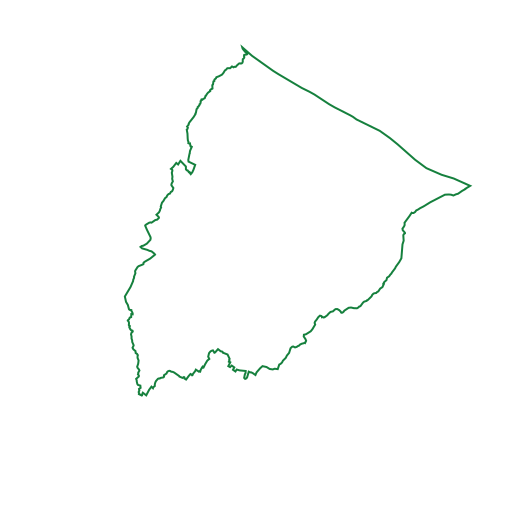 outline of Kota Mataram, Nusa Tenggara Barat, Indonesia, rotated 125°
{"feature_id": "22746128B34810169298981", "entity_name": "Kota Mataram", "entity_type": "district", "adm_level": 2, "iso_a3": "IDN", "parent_name": "Indonesia", "parent_adm1": "Nusa Tenggara Barat", "projection": "albers", "projection_center": [116.126, -8.589], "detail": "fine", "context": "isolated", "style": "outline", "palette": "green", "viewbox_px": 512, "rotation_deg": 125, "n_neighbors": 0, "source": "geoboundaries", "source_scale": "gbopen_adm2", "svg_char_len": 6115}
<svg xmlns="http://www.w3.org/2000/svg" viewBox="0 0 512 512"><g transform="rotate(125 256 256)"><path d="M92.9,387.0L93.8,385.9L94.2,384.8L95.0,381.8L95.3,379.0L95.9,379.0L96.4,379.3L98.0,381.0L99.2,380.5L99.5,379.9L100.3,379.4L101.6,379.4L102.3,379.7L102.9,379.4L104.4,378.3L105.6,378.0L106.4,378.2L107.1,378.8L107.3,379.6L108.1,380.3L110.7,380.9L112.7,381.1L113.4,382.2L114.3,382.6L114.5,384.4L117.0,384.9L118.5,387.0L119.0,387.3L120.3,387.3L121.8,387.9L124.8,387.7L127.0,387.9L130.1,389.5L132.3,391.0L133.5,390.7L135.1,391.2L135.7,391.1L136.5,390.5L137.4,391.0L140.2,389.6L141.1,389.8L143.8,387.7L144.3,387.9L144.1,389.0L144.3,388.2L146.3,388.7L146.7,388.7L147.2,388.1L149.8,389.0L152.0,389.1L153.3,388.9L153.7,389.2L156.2,388.5L157.6,389.3L158.7,389.5L158.8,390.3L159.1,390.5L160.4,390.0L161.0,390.2L162.0,389.4L162.8,389.1L163.3,389.0L164.0,389.3L165.1,388.8L165.8,389.0L166.4,388.8L167.4,389.2L168.2,388.7L169.8,388.9L173.1,387.4L174.0,387.4L174.3,387.0L177.9,386.8L184.9,387.2L186.6,386.9L187.0,386.5L189.5,386.7L190.0,385.4L191.5,385.0L192.2,385.2L195.1,382.3L199.0,379.3L200.6,377.9L201.1,376.9L202.4,376.1L202.1,374.9L201.7,374.6L203.6,372.7L203.9,371.8L203.4,371.8L203.4,371.2L207.5,370.4L209.1,369.7L209.7,369.2L210.4,369.1L216.1,366.6L217.4,365.4L216.2,358.1L221.2,356.7L224.0,356.2L226.4,356.4L225.8,358.3L225.4,358.3L225.4,359.1L225.8,359.3L225.1,361.1L225.5,361.8L225.2,363.1L222.9,364.8L221.4,372.5L225.7,372.3L225.5,374.7L230.4,374.9L233.4,375.6L233.4,374.1L234.1,373.4L236.1,372.7L239.0,369.9L240.9,368.9L242.6,366.9L244.9,366.7L246.2,366.2L246.6,365.8L247.7,362.7L249.1,362.2L250.6,361.9L251.2,361.9L252.4,362.5L254.3,362.3L255.3,363.1L256.5,363.4L257.7,363.4L258.9,363.1L260.9,363.7L264.1,363.4L266.2,363.6L270.1,362.4L270.6,361.6L272.6,361.3L273.8,360.8L275.8,360.5L279.3,361.2L279.8,358.2L280.4,357.4L280.6,357.4L282.9,357.8L284.3,359.1L288.6,360.7L289.0,361.7L290.0,362.6L293.2,364.0L294.2,364.3L294.7,364.2L297.0,360.5L301.0,353.3L301.8,352.5L303.3,351.8L308.5,352.5L312.2,354.2L313.3,355.3L314.8,355.8L315.1,353.7L313.3,348.5L312.9,346.3L312.1,344.2L312.4,340.5L312.8,339.5L318.8,341.2L324.8,344.0L326.2,344.2L327.1,343.6L327.8,343.8L331.6,346.3L332.9,346.7L337.3,346.5L338.1,346.1L339.3,344.9L343.1,344.0L343.7,343.4L346.0,342.9L347.0,342.3L353.4,341.0L364.4,340.2L368.1,336.2L369.6,332.9L372.4,329.6L372.6,328.7L371.8,327.1L372.4,326.6L373.2,324.9L374.0,323.9L374.5,323.6L375.1,324.8L377.7,323.2L378.9,324.1L380.6,323.7L382.2,324.1L382.5,324.0L382.6,323.3L383.1,322.2L384.0,321.4L385.5,320.6L385.8,320.0L385.6,319.4L385.8,319.1L386.9,319.0L387.3,318.6L387.6,317.5L388.1,317.1L388.4,315.7L388.0,314.4L388.3,313.8L388.8,313.6L390.1,314.0L391.8,313.5L393.4,311.7L394.9,310.7L396.2,309.0L397.4,308.1L399.1,305.3L399.5,304.9L402.0,304.5L402.8,302.9L403.0,300.2L404.5,298.9L404.4,297.4L405.0,295.9L405.6,295.8L407.4,294.6L408.9,292.3L409.6,291.9L411.9,290.7L414.9,289.8L415.6,288.7L416.1,286.7L416.7,285.8L419.0,285.6L419.2,285.3L420.7,284.8L420.9,283.9L421.3,283.2L422.0,282.9L425.4,283.7L426.3,282.4L427.2,281.7L428.9,279.8L429.3,278.7L428.5,276.4L430.2,274.9L432.0,275.6L433.2,274.3L434.2,274.3L435.3,273.6L435.5,272.8L436.3,272.6L435.8,269.5L435.5,269.4L434.0,270.1L432.9,270.3L433.1,266.0L426.9,266.8L423.0,266.7L423.4,264.6L422.4,264.9L420.7,264.3L418.9,265.4L417.2,266.0L415.7,266.2L412.9,265.9L412.3,265.6L411.5,264.5L410.8,264.4L408.5,262.2L407.6,262.1L406.5,263.0L403.6,261.9L402.1,262.2L401.2,262.1L399.8,261.2L399.4,260.3L399.4,259.1L398.7,257.8L398.4,256.3L398.4,250.1L398.7,249.6L398.0,246.3L396.5,245.6L396.5,244.9L397.4,244.3L397.3,242.4L392.9,242.3L390.2,242.0L390.1,241.3L390.4,239.9L390.1,239.7L388.8,240.0L385.2,239.8L383.6,240.1L383.5,236.4L382.9,236.3L382.7,235.4L380.9,236.0L378.1,236.3L377.3,236.2L377.8,235.2L377.6,235.0L373.7,235.6L369.6,235.9L367.1,235.2L365.9,237.4L362.6,238.7L361.6,238.7L360.1,238.5L358.6,237.7L358.0,237.1L359.1,234.6L358.5,234.2L354.1,233.7L354.3,230.3L353.7,228.9L353.7,228.4L354.2,227.7L353.0,222.8L355.4,218.6L356.5,218.4L356.9,217.8L358.2,217.6L358.2,217.3L357.9,217.1L357.8,216.1L362.1,215.5L361.9,213.5L359.7,213.1L359.7,209.9L362.4,209.6L362.4,206.6L360.1,206.7L359.1,203.8L356.1,198.5L357.9,197.4L359.2,197.3L362.6,195.8L362.9,194.4L361.8,193.7L360.4,193.7L354.9,195.6L354.6,193.9L354.1,193.3L353.8,191.6L353.8,188.2L351.0,188.8L345.5,188.2L342.5,187.5L340.9,183.7L340.7,180.0L339.3,177.2L337.6,176.0L336.2,173.3L331.6,174.7L330.3,174.0L328.3,173.6L326.3,173.9L322.4,173.2L319.8,173.6L316.4,173.3L311.7,174.8L309.7,174.4L308.8,173.7L308.5,171.6L307.1,170.5L305.9,170.1L304.9,169.4L303.2,169.1L301.6,168.2L300.0,166.8L299.1,166.4L299.1,165.9L296.7,166.3L295.7,167.8L294.6,170.7L293.0,171.6L291.5,170.2L286.3,168.0L283.6,167.8L278.2,168.2L277.2,169.6L275.8,170.0L273.3,169.8L270.4,169.9L268.2,169.4L267.7,168.1L267.8,167.2L268.2,166.9L267.9,166.7L267.7,165.5L267.0,165.1L266.9,164.7L263.6,163.6L261.8,163.5L259.1,162.9L257.2,161.2L254.7,160.7L253.7,160.2L252.7,158.7L252.8,157.6L252.6,156.8L253.0,154.6L253.5,153.9L253.4,153.3L252.8,152.7L251.6,152.3L250.1,152.3L245.3,150.4L243.7,148.6L242.6,145.9L240.9,143.3L239.4,142.6L238.3,142.5L237.2,141.7L232.8,141.6L231.9,141.4L231.3,141.2L229.3,139.6L228.6,139.7L228.0,139.2L222.8,138.2L221.2,138.5L219.5,138.2L218.8,137.8L217.3,136.3L215.9,136.1L214.9,135.5L211.5,135.6L209.0,134.6L205.6,135.2L205.7,135.8L203.7,136.0L201.0,135.3L198.6,136.2L196.3,135.3L194.1,135.3L192.7,135.0L191.8,135.2L186.4,135.0L184.5,135.3L178.8,135.2L174.5,135.6L162.4,142.7L158.8,143.8L154.7,147.1L154.0,147.4L152.5,147.3L152.0,147.0L151.5,147.4L150.7,150.6L149.6,151.7L147.0,151.7L145.7,151.9L144.5,152.6L143.6,153.4L135.4,153.2L131.3,153.3L131.3,152.9L130.4,151.6L128.6,150.9L126.8,150.9L125.0,149.9L122.7,149.0L119.3,147.2L111.9,144.0L97.4,136.4L95.0,133.3L93.9,131.4L93.2,129.0L90.8,127.6L89.1,126.2L84.4,124.5L81.1,122.9L80.9,123.1L75.7,120.8L79.1,138.5L83.0,150.5L86.3,166.8L85.9,181.0L83.3,204.1L82.6,213.9L82.5,226.5L86.5,252.0L86.4,256.4L86.7,259.6L89.1,276.6L89.7,283.1L90.2,300.7L90.8,306.5L92.1,314.9L94.2,342.1L94.5,348.1L94.3,374.0L92.9,387.0Z" fill="none" stroke="#15803d" stroke-width="2"/></g></svg>